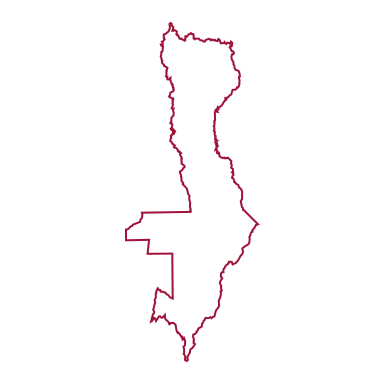 the district of Vilhena, Rondônia, Brazil
{"feature_id": "56859067B73787435299073", "entity_name": "Vilhena", "entity_type": "district", "adm_level": 2, "iso_a3": "BRA", "parent_name": "Brazil", "parent_adm1": "Rondônia", "projection": "natural_earth1", "projection_center": [-60.258, -12.124], "detail": "fine", "context": "isolated", "style": "outline", "palette": "rose", "viewbox_px": 384, "rotation_deg": 0, "n_neighbors": 0, "source": "geoboundaries", "source_scale": "gbopen_adm2", "svg_char_len": 5960}
<svg xmlns="http://www.w3.org/2000/svg" viewBox="0 0 384 384"><path d="M186.7,361.0L187.8,360.1L187.4,356.9L190.0,352.3L190.0,350.7L190.6,349.2L192.3,348.1L195.0,344.1L193.5,342.8L194.0,341.4L193.5,340.5L194.0,339.4L193.1,337.1L193.2,334.6L195.1,334.0L196.6,332.2L196.6,331.5L197.6,330.6L198.5,328.4L201.8,326.6L202.0,323.7L203.1,322.6L203.6,320.8L204.7,319.9L205.2,318.3L205.9,317.8L207.9,318.2L209.3,317.9L210.1,317.2L211.5,318.2L212.6,316.9L214.4,316.5L215.9,310.6L218.6,307.1L219.2,304.9L218.7,300.6L219.9,298.2L220.9,294.6L220.6,291.2L221.7,290.8L221.8,290.3L220.8,287.9L221.4,286.5L219.8,282.9L220.6,280.8L222.2,278.6L222.1,277.9L220.9,276.9L221.0,273.5L221.9,272.4L223.5,272.1L223.3,270.7L223.6,269.1L224.9,267.5L225.6,265.7L228.7,263.4L228.5,262.4L228.9,261.8L231.7,261.8L232.6,264.4L235.8,263.0L238.3,260.0L240.5,256.0L242.5,253.6L243.0,251.5L242.3,248.4L245.9,245.6L247.7,244.9L249.2,243.2L249.7,239.2L249.4,236.9L250.4,235.1L250.7,233.4L251.8,231.8L252.5,231.7L252.4,230.0L254.2,228.3L255.8,225.1L258.0,224.3L243.8,210.1L243.2,210.1L242.9,208.1L242.0,207.1L240.7,201.3L242.1,199.0L242.1,191.0L240.5,188.3L239.1,187.6L238.4,185.2L235.5,183.3L235.3,182.4L234.2,182.0L234.3,181.1L233.2,178.4L232.0,177.8L232.6,175.8L233.6,174.7L233.3,173.7L232.0,172.4L232.5,171.8L233.1,171.9L232.9,169.0L231.1,167.7L231.8,165.7L231.6,164.5L231.0,163.9L231.3,161.0L227.8,157.6L226.2,158.3L225.9,158.0L225.0,158.3L224.4,157.6L222.5,158.1L219.5,156.3L219.6,155.2L218.4,153.8L219.1,153.1L218.8,152.6L218.0,153.1L217.6,152.2L217.1,152.5L217.3,151.0L216.8,150.7L216.4,149.0L215.5,149.7L215.6,149.1L216.7,148.2L216.3,146.6L217.1,146.3L216.5,146.0L216.7,144.6L216.1,144.3L216.5,143.4L217.1,143.8L216.9,143.0L215.6,142.6L216.2,142.2L215.9,141.1L216.4,140.9L215.5,140.7L215.4,140.1L216.2,139.7L215.7,139.3L215.7,138.2L215.2,138.3L215.6,136.1L215.1,136.0L214.5,133.3L215.0,132.2L213.8,130.7L214.5,129.7L214.3,127.3L213.7,126.2L214.2,125.8L214.6,123.3L214.6,122.3L214.2,122.1L214.4,120.6L215.1,120.3L214.8,112.1L215.2,111.3L217.3,111.8L216.4,110.5L217.5,110.7L217.6,110.3L216.8,109.4L218.2,109.0L217.4,108.2L217.8,107.2L218.3,108.0L218.8,107.8L222.1,105.0L224.1,101.5L225.8,100.2L225.9,99.8L225.3,99.6L225.4,98.0L226.8,98.6L227.4,97.4L228.2,97.1L229.7,95.3L231.2,94.5L232.6,89.9L235.5,89.6L236.3,89.0L236.9,87.5L237.7,87.7L238.8,86.2L239.5,83.9L239.2,83.3L239.6,80.6L239.0,78.4L239.3,77.5L239.0,77.0L239.9,76.2L239.5,73.3L238.6,70.9L235.6,69.8L234.6,68.3L234.4,65.9L233.4,64.2L233.5,62.2L231.7,59.3L231.4,56.8L231.8,54.9L232.3,54.8L232.4,54.1L233.5,54.0L234.0,52.7L233.1,51.4L231.9,51.3L229.7,47.1L231.3,46.4L230.7,45.3L231.9,45.4L232.3,42.8L231.0,41.6L230.5,43.0L230.0,43.2L227.7,42.8L227.4,41.9L227.3,43.0L226.4,44.0L225.3,43.4L224.6,42.0L223.7,43.1L220.8,43.3L219.8,40.2L218.5,39.0L218.0,39.3L218.1,40.6L217.1,41.1L216.0,40.8L215.0,39.8L214.0,40.5L212.7,39.6L211.9,39.7L211.2,40.3L210.6,39.4L209.9,39.6L208.9,38.8L205.6,40.1L204.9,41.6L203.4,41.5L202.5,40.5L200.3,40.3L198.9,38.7L195.4,38.6L194.7,39.3L193.5,38.2L193.8,36.4L193.3,34.1L192.1,34.3L190.9,33.1L189.8,34.1L188.8,34.3L186.6,36.9L184.8,35.7L185.7,36.9L185.0,39.3L185.3,40.0L184.8,40.7L182.0,39.3L181.7,38.6L180.2,38.9L179.3,38.4L178.7,36.4L177.7,34.9L177.2,35.2L176.4,34.6L176.8,31.5L176.4,31.0L174.3,30.1L173.5,30.8L172.3,30.8L173.4,27.0L171.8,25.8L171.7,23.9L170.7,23.0L169.5,23.9L169.9,28.0L168.6,31.4L165.3,34.1L163.8,34.4L163.6,35.7L164.1,37.0L163.7,38.3L164.6,39.2L163.3,41.1L161.9,41.8L162.9,43.9L161.7,44.9L161.0,44.7L161.3,45.7L162.7,45.8L163.1,46.8L162.7,47.7L162.6,50.8L162.1,51.7L161.3,52.0L161.3,54.4L160.7,56.7L161.3,57.7L161.8,60.7L162.3,60.9L161.9,62.5L162.5,63.6L163.6,64.3L164.3,65.4L164.1,65.9L166.6,67.1L167.5,68.2L166.4,70.1L166.8,71.0L166.3,72.0L166.6,74.2L166.0,76.3L167.4,76.7L167.1,78.3L167.5,79.4L168.6,79.4L170.5,77.9L170.3,79.7L170.8,81.9L172.2,84.0L171.8,84.3L172.1,84.8L172.7,85.1L172.6,86.4L173.0,86.5L173.0,87.6L173.5,87.8L173.3,89.1L173.8,89.5L173.4,91.1L170.4,92.6L169.8,95.3L169.0,96.6L172.3,98.7L173.1,98.4L173.4,99.2L172.4,100.9L173.0,101.9L172.4,103.6L173.0,104.8L171.7,108.4L172.8,109.0L173.5,108.8L173.0,110.0L173.7,112.8L173.5,115.6L172.6,116.2L171.3,118.3L171.3,122.0L170.9,121.8L170.4,123.3L172.1,124.0L172.3,124.7L171.9,127.4L170.7,128.7L171.2,129.5L172.4,128.5L173.2,129.4L172.8,130.3L174.1,130.4L175.0,131.2L174.5,131.7L173.1,131.5L172.9,132.8L174.2,133.2L173.6,134.1L172.6,133.5L171.4,135.8L170.9,135.8L171.2,138.3L170.4,139.4L170.3,141.1L171.4,141.8L172.5,143.9L173.0,143.9L173.6,144.9L174.8,145.4L173.9,147.1L174.2,147.5L175.8,147.8L177.7,149.6L178.2,150.5L177.8,150.5L177.8,151.0L179.2,152.2L179.7,151.8L181.0,153.2L180.2,153.7L180.0,154.7L181.5,157.3L181.4,158.8L181.8,158.8L181.4,160.8L181.8,162.1L181.5,163.6L184.3,165.6L184.6,167.2L183.1,168.3L182.3,170.0L179.9,171.7L180.5,174.1L181.1,174.9L180.9,176.6L181.4,177.2L181.5,181.0L183.3,183.1L182.7,184.2L186.5,188.1L187.8,191.9L187.9,193.4L189.5,196.1L189.2,199.1L190.2,203.1L189.9,206.9L190.7,208.9L190.1,209.7L190.9,211.3L190.7,211.9L141.9,212.7L142.4,214.7L142.0,217.6L140.5,219.7L140.0,221.9L132.9,224.7L132.2,226.0L130.7,226.4L128.5,228.8L127.1,229.5L126.0,229.5L126.0,240.3L149.1,239.8L147.6,253.8L172.3,253.6L172.7,298.6L169.8,297.2L168.7,295.5L166.1,293.8L165.4,292.6L164.0,292.4L163.3,291.7L161.1,291.8L160.3,290.1L159.4,290.4L157.8,288.3L156.3,291.1L156.3,293.0L155.7,293.6L155.9,297.2L154.6,300.2L155.1,302.5L153.2,309.9L154.1,311.3L154.1,312.9L152.9,314.4L151.1,321.5L152.2,320.8L154.0,317.8L155.2,318.6L156.0,321.0L158.9,316.5L160.0,316.3L161.2,317.6L162.3,317.7L164.9,315.0L164.9,317.7L165.7,319.4L168.9,322.4L169.2,324.2L169.7,324.3L170.8,323.0L173.6,323.0L175.6,324.8L176.3,329.5L177.6,332.9L178.3,332.6L179.0,333.1L180.9,336.0L182.1,336.6L181.8,337.3L182.2,337.4L182.5,339.4L184.0,337.9L184.5,339.1L184.2,339.6L185.2,340.9L184.9,345.3L183.4,347.0L184.1,348.6L184.1,353.5L183.7,353.9L184.6,354.9L185.5,357.5L184.9,358.7L185.0,359.9L186.7,361.0Z" fill="none" stroke="#9f1239" stroke-width="2"/></svg>